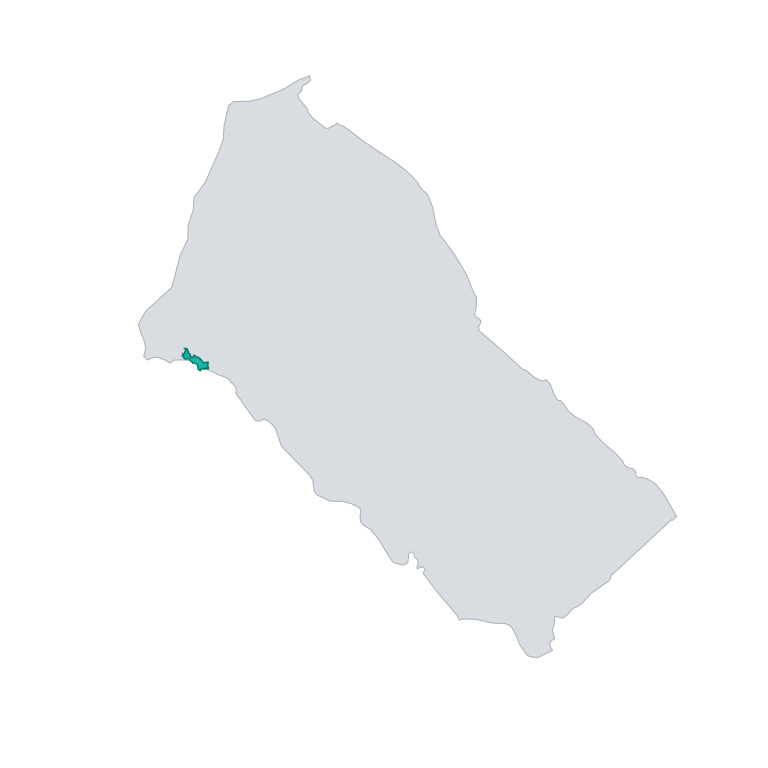 Agotime Ziope, Volta, Ghana shown in context, rotated 138°
{"feature_id": "2480657B11620193732867", "entity_name": "Agotime Ziope", "entity_type": "district", "adm_level": 2, "iso_a3": "GHA", "parent_name": "Ghana", "parent_adm1": "Volta", "projection": "equal_earth", "projection_center": [0.664, 6.472], "detail": "fine", "context": "in_parent", "style": "filled", "palette": "teal", "viewbox_px": 768, "rotation_deg": 138, "n_neighbors": 0, "source": "geoboundaries", "source_scale": "gbopen_adm2", "svg_char_len": 6009}
<svg xmlns="http://www.w3.org/2000/svg" viewBox="0 0 768 768"><g transform="rotate(138 384 384)"><path d="M453.6,78.2L458.1,84.0L459.2,87.4L457.5,99.9L454.1,108.7L452.0,116.9L452.3,121.0L454.3,125.1L461.3,131.6L464.9,135.7L469.1,142.1L474.0,148.3L482.3,156.4L485.8,157.9L485.6,160.1L484.5,163.2L483.7,193.4L483.1,201.1L482.5,205.1L481.7,216.3L480.8,217.9L479.2,217.8L477.8,218.2L477.4,220.5L478.0,222.8L483.0,224.4L481.9,226.1L478.2,227.7L476.5,231.0L477.2,234.9L475.2,238.0L475.7,240.1L477.1,241.7L479.2,241.1L485.1,235.9L487.5,235.3L490.6,236.4L496.2,244.3L496.4,248.2L494.1,261.5L491.9,271.8L491.5,285.4L493.8,293.1L493.5,297.3L491.0,301.0L485.2,306.3L485.6,309.9L488.2,316.6L493.1,324.1L502.7,333.4L507.7,345.5L507.9,350.4L504.9,355.3L501.5,359.6L500.3,365.8L501.9,406.3L494.3,423.9L494.2,429.0L495.0,434.8L497.0,438.3L500.9,439.3L504.0,442.7L502.9,455.0L501.2,467.7L501.0,473.7L500.0,476.7L497.1,479.0L496.0,483.0L496.7,487.9L496.2,491.5L497.8,496.2L501.2,502.1L506.8,516.7L508.9,517.8L509.9,520.9L509.3,523.8L511.4,530.3L517.6,536.7L524.1,542.3L529.3,543.1L530.6,548.2L534.0,554.6L536.5,557.4L540.5,559.2L543.8,560.2L543.9,565.6L538.0,569.3L534.0,574.9L531.0,583.4L526.8,592.7L512.3,597.6L506.7,597.6L476.9,597.9L449.0,616.3L433.0,622.8L423.1,633.2L409.8,640.6L400.5,649.5L381.2,653.8L349.6,667.9L339.7,673.5L329.7,683.2L313.4,694.7L307.0,694.6L294.3,683.9L284.7,678.5L261.3,670.3L243.8,667.1L235.4,663.6L233.1,663.0L235.1,659.1L240.0,658.9L245.1,660.0L248.9,657.1L254.7,656.7L256.1,653.6L256.6,645.9L256.6,639.6L258.6,636.8L259.1,629.5L256.3,613.2L254.4,611.3L244.2,609.0L243.4,605.8L241.6,602.4L239.6,593.9L237.5,581.4L233.9,565.9L227.1,540.4L225.5,531.4L224.3,522.2L224.1,511.2L225.5,507.1L225.3,501.4L224.7,495.8L229.6,482.8L239.1,466.9L241.1,461.1L242.9,457.1L243.1,451.4L244.9,432.9L249.4,410.5L252.3,402.1L254.3,397.5L256.6,390.0L257.2,386.5L265.9,377.8L269.9,375.4L270.8,372.0L269.5,368.2L270.1,365.6L272.2,364.3L275.4,363.3L277.7,359.7L274.1,332.1L271.3,304.6L271.1,302.3L269.3,298.5L267.6,287.2L264.7,280.5L260.6,278.6L260.7,272.3L264.8,261.8L265.9,255.6L264.0,253.7L263.7,248.9L265.1,241.1L264.4,236.3L263.7,231.2L259.5,219.2L258.4,210.7L260.7,205.7L260.6,194.8L258.4,178.1L258.0,167.5L259.6,163.0L258.9,158.8L255.8,154.9L255.6,151.0L258.2,147.2L257.9,144.3L254.6,142.1L251.7,137.0L249.1,128.8L249.7,115.7L254.7,91.6L255.4,89.6L261.0,89.7L261.0,90.7L278.4,90.5L298.3,90.2L322.1,89.9L343.7,89.6L344.6,88.5L348.2,87.2L370.0,89.7L383.7,88.4L389.4,89.2L393.7,90.9L403.1,89.9L408.1,90.5L411.9,96.5L413.5,96.4L415.6,93.9L419.3,91.0L423.2,88.7L425.9,84.0L427.6,80.4L430.1,81.1L433.7,80.9L436.1,77.9L437.0,73.3L453.6,78.2Z" fill="#d9dde1" stroke="#a8b0b8" stroke-width="1"/><path d="M512.3,530.7L512.0,529.7L512.1,527.2L511.1,527.1L510.4,525.7L510.2,525.0L510.1,524.5L510.0,523.0L510.1,522.3L511.7,520.3L512.1,519.9L512.3,519.5L512.3,519.0L512.2,518.6L512.1,518.1L511.8,517.0L511.0,516.9L510.4,516.9L509.6,517.4L508.6,517.1L508.1,516.7L507.9,516.2L508.1,516.2L507.9,515.9L507.7,515.7L507.4,515.3L507.1,514.9L506.8,514.6L506.6,514.8L506.6,515.1L506.4,515.2L506.4,515.3L506.2,515.4L505.9,515.3L505.9,515.2L505.7,515.2L505.5,514.9L505.4,514.8L505.4,514.7L505.3,514.4L505.3,514.2L505.3,514.3L505.3,514.2L505.2,513.9L505.1,514.0L505.1,513.9L505.0,513.7L505.0,513.4L504.9,513.5L504.9,513.4L504.9,513.2L504.7,513.2L504.7,512.9L504.4,512.9L504.4,513.0L504.2,513.0L503.9,513.1L503.7,513.2L503.7,513.3L503.6,513.5L503.5,513.8L503.5,514.0L503.4,514.2L503.3,514.3L503.2,514.5L503.1,514.8L502.9,515.0L502.7,515.2L502.7,515.3L502.6,515.5L502.5,515.8L502.5,516.0L502.3,516.2L502.2,516.3L502.0,516.5L501.9,516.6L501.7,516.8L501.3,516.9L501.1,516.9L501.1,517.0L500.7,517.2L500.7,517.4L500.6,517.5L500.4,517.7L500.4,517.8L500.3,518.0L500.5,518.0L500.7,518.3L501.1,518.5L501.9,519.1L502.5,519.5L502.5,519.4L502.7,519.5L502.9,519.7L503.6,520.3L503.6,520.2L503.8,520.3L503.7,520.5L503.7,520.8L503.8,521.1L503.8,521.5L503.9,521.8L503.8,522.2L503.8,522.8L503.8,523.1L503.9,523.3L503.9,523.5L503.9,523.9L503.7,524.2L503.7,524.4L503.8,524.8L503.8,525.5L503.7,525.8L503.7,526.2L503.7,526.3L503.8,526.4L503.8,526.7L503.9,527.0L504.1,527.2L504.1,527.4L504.2,527.6L504.3,528.2L504.4,528.5L504.5,528.7L504.6,528.9L504.9,529.0L505.0,528.9L505.1,529.0L505.3,529.2L505.3,529.3L505.4,529.5L505.4,529.8L505.5,529.9L505.5,530.1L505.5,530.5L505.4,531.5L505.5,531.6L505.8,531.8L506.0,531.9L506.0,532.0L506.1,532.3L506.1,532.5L506.4,532.4L506.5,532.3L506.8,532.3L507.1,532.1L507.3,532.1L507.5,532.0L507.9,531.8L508.2,531.6L508.3,531.5L508.4,531.4L508.5,531.4L508.6,531.5L508.8,531.6L509.1,531.9L509.3,532.2L509.3,532.8L509.5,533.1L509.4,533.2L509.3,533.3L509.1,533.3L509.0,534.5L509.1,534.9L508.9,535.0L508.6,535.3L508.2,535.7L508.3,536.0L508.2,536.3L508.2,536.5L508.3,536.8L508.4,537.0L508.5,537.3L508.5,537.5L508.6,537.9L508.7,538.2L508.7,538.3L508.3,538.4L508.1,538.5L507.7,538.8L507.7,539.0L507.6,539.5L507.6,539.8L507.6,540.1L507.6,540.3L507.4,540.6L507.3,540.8L507.2,540.9L507.2,541.0L507.0,541.4L507.0,541.5L506.9,541.6L506.8,541.9L506.8,542.0L506.9,542.3L507.0,542.4L507.1,542.5L507.3,542.5L507.5,542.8L507.8,543.1L508.0,543.5L508.3,543.9L508.5,543.9L508.4,543.7L508.3,543.4L508.3,543.2L508.4,542.8L508.4,542.6L508.4,542.3L508.6,541.9L508.8,541.8L508.9,541.6L509.1,541.6L509.3,541.6L509.4,541.4L509.5,541.3L509.8,541.0L510.1,541.0L510.3,541.1L510.5,541.1L510.8,540.7L511.1,540.6L511.5,540.6L512.2,540.1L512.6,540.1L512.8,539.9L512.9,540.1L513.0,540.2L513.1,540.5L513.2,540.8L513.3,541.1L513.5,540.7L513.7,540.3L513.9,540.1L514.0,540.3L514.1,540.2L514.3,540.2L514.5,540.1L514.8,540.1L515.1,539.8L514.9,539.5L514.9,539.2L514.8,538.9L514.7,538.1L514.8,537.9L514.8,537.6L515.0,537.4L515.3,537.3L515.1,537.0L515.0,536.9L515.0,536.6L515.0,536.4L515.0,536.2L515.1,535.6L514.8,535.5L514.5,535.2L514.3,534.9L514.1,534.7L513.5,534.5L513.2,534.3L513.0,534.2L512.7,533.9L512.3,533.9L512.2,533.9L512.0,533.1L512.0,532.7L512.1,532.2L512.2,531.7L512.2,531.3L512.2,530.9L512.3,530.7Z" fill="#14b8a6" stroke="#0f766e" stroke-width="1.5"/></g></svg>